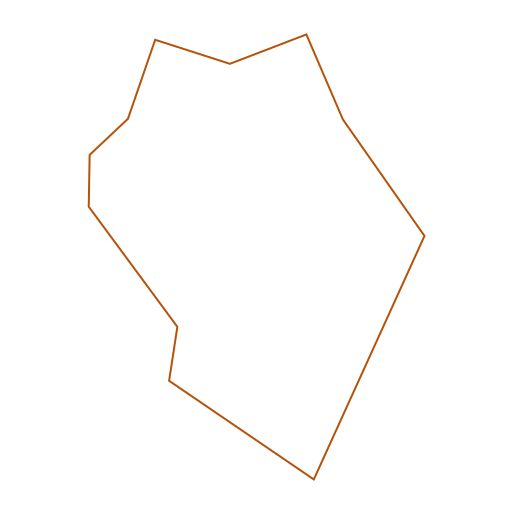 SVG path tracing the border of Melekeok, rotated 181°
{"feature_id": "PLW-5250", "entity_name": "Melekeok", "entity_type": "state/province", "adm_level": 1, "iso_a3": "PLW", "parent_name": "Palau", "parent_adm1": "", "projection": "albers", "projection_center": [134.62, 7.515], "detail": "fine", "context": "isolated", "style": "outline", "palette": "amber", "viewbox_px": 512, "rotation_deg": 181, "n_neighbors": 0, "source": "natural_earth", "source_scale": "10m", "svg_char_len": 308}
<svg xmlns="http://www.w3.org/2000/svg" viewBox="0 0 512 512"><g transform="rotate(181 256 256)"><path d="M340.7,129.7L333.4,183.8L424.1,302.4L424.1,354.2L386.4,391.0L360.6,470.4L285.5,447.7L209.5,478.4L171.5,394.0L87.9,279.0L194.3,33.6L340.7,129.7Z" fill="none" stroke="#b45309" stroke-width="2"/></g></svg>